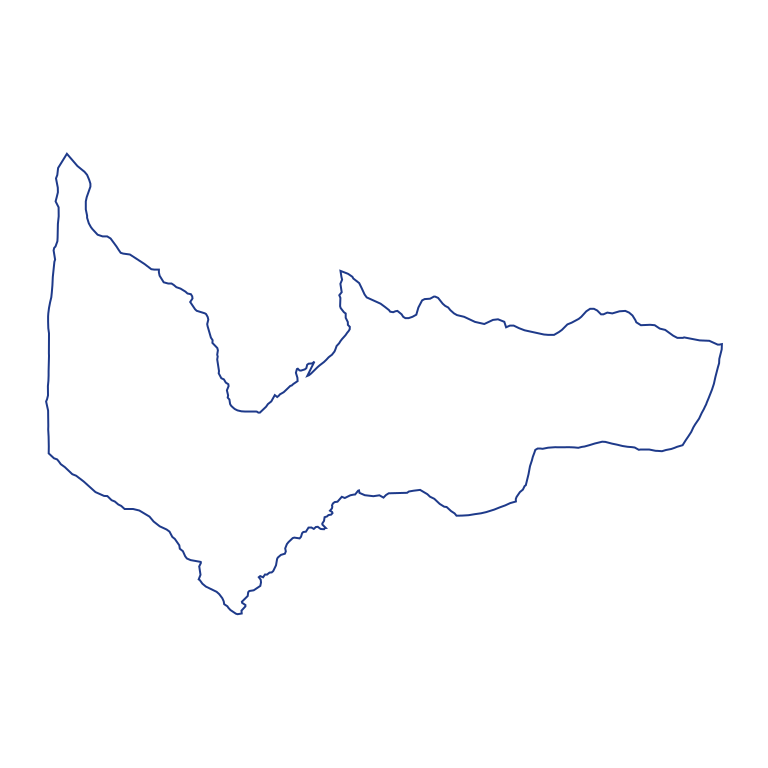 Mobayi-Mbongo, Équateur, Democratic Republic of the Congo (Mercator projection)
{"feature_id": "63176286B77587123851522", "entity_name": "Mobayi-Mbongo", "entity_type": "district", "adm_level": 2, "iso_a3": "COD", "parent_name": "Democratic Republic of the Congo", "parent_adm1": "Équateur", "projection": "mercator", "projection_center": [21.025, 4.13], "detail": "fine", "context": "isolated", "style": "outline", "palette": "blue", "viewbox_px": 768, "rotation_deg": 0, "n_neighbors": 0, "source": "geoboundaries", "source_scale": "gbopen_adm2", "svg_char_len": 6031}
<svg xmlns="http://www.w3.org/2000/svg" viewBox="0 0 768 768"><path d="M48.7,453.4L54.0,458.3L57.1,459.4L58.7,461.3L60.8,464.2L64.4,466.8L64.7,467.0L72.3,474.2L76.1,475.7L83.7,481.5L94.7,491.4L95.5,492.1L104.0,495.9L107.4,496.1L111.6,500.2L114.8,501.5L118.3,504.5L121.2,505.9L124.6,509.0L133.1,509.0L139.3,510.5L141.5,511.8L149.5,516.6L153.6,521.5L159.7,526.3L166.6,529.5L169.5,531.6L172.3,536.9L174.8,538.9L179.3,545.3L179.8,548.7L182.9,551.2L185.2,556.3L186.9,558.5L190.6,560.1L200.7,561.9L200.9,562.9L199.2,566.5L199.4,567.5L200.5,574.8L198.7,579.4L199.8,580.1L202.4,583.7L205.9,586.6L216.6,591.8L219.2,594.1L222.3,598.2L223.7,601.3L224.2,604.2L227.4,606.3L228.3,607.7L230.4,610.0L235.9,613.7L237.6,614.2L241.7,613.5L241.5,610.6L245.4,606.4L245.4,605.0L242.1,602.8L241.9,601.7L247.7,596.0L248.2,592.2L249.3,591.0L253.7,590.3L260.3,585.9L261.0,582.4L260.7,579.7L258.8,577.2L260.2,576.1L263.1,577.3L264.3,575.5L265.0,574.5L267.0,574.6L269.5,572.6L271.7,572.4L273.2,571.1L276.0,565.3L277.1,559.0L277.8,557.6L280.9,554.9L284.9,553.7L285.8,551.4L285.2,548.4L286.9,544.1L288.5,542.1L292.7,538.1L294.3,537.6L299.6,538.4L301.0,536.8L302.1,533.2L303.3,532.0L305.9,531.7L308.5,527.6L311.4,527.5L313.8,528.9L315.9,527.0L317.8,526.8L320.5,528.9L321.9,529.1L324.1,529.2L324.8,528.1L325.8,528.0L322.4,524.6L322.3,523.5L324.0,520.9L324.6,517.2L327.1,516.4L328.4,515.1L331.2,514.6L332.5,513.1L332.1,512.0L330.0,510.7L331.9,508.5L332.3,506.8L332.0,505.4L332.9,503.5L334.6,502.1L337.5,501.7L341.8,496.8L344.8,498.0L350.3,495.3L353.6,494.6L355.1,494.5L358.1,490.7L359.0,490.4L359.5,492.9L364.8,495.2L373.4,496.2L379.4,495.3L383.5,497.6L385.9,495.1L388.7,493.3L407.1,492.8L408.9,491.5L413.6,490.7L420.1,489.9L427.4,494.2L430.0,496.7L434.3,498.8L439.7,503.9L444.2,506.7L446.6,507.0L451.1,511.1L454.6,513.4L456.5,515.7L461.9,515.6L468.6,515.2L474.6,514.2L481.0,513.3L486.2,512.1L494.2,509.6L499.7,507.4L505.2,505.4L510.2,503.1L515.9,501.5L515.8,499.0L516.6,496.9L519.9,492.1L522.9,489.6L524.6,486.1L525.8,485.2L528.5,474.3L530.0,466.2L531.9,460.4L532.8,456.9L534.3,452.9L535.3,449.9L537.7,448.5L540.1,448.5L542.6,448.8L548.1,447.7L555.2,447.2L558.7,447.3L569.2,447.2L574.1,447.4L578.3,447.8L581.8,446.9L584.6,446.5L589.6,445.1L594.8,443.5L599.4,442.4L602.2,441.7L605.4,441.9L611.9,443.6L617.2,444.7L622.5,446.0L627.7,446.8L631.7,447.1L634.7,447.5L638.8,449.8L640.7,449.5L644.0,449.5L649.1,449.5L655.5,450.8L657.8,450.9L662.0,451.2L666.0,450.0L671.2,449.0L674.4,447.9L677.1,446.8L682.6,445.2L685.8,440.1L688.2,436.6L691.2,432.0L693.4,427.3L695.2,424.3L699.1,418.6L701.7,413.0L703.8,409.2L705.1,406.4L706.1,404.5L706.8,402.5L708.6,398.2L709.9,394.9L710.9,392.4L712.0,389.6L713.9,383.8L715.4,377.0L717.9,367.3L719.1,363.2L719.3,358.9L721.7,349.4L721.9,344.1L719.4,344.6L717.7,344.6L709.3,340.8L699.7,340.4L684.1,337.4L682.9,337.9L677.4,337.9L673.2,335.7L665.2,329.9L659.8,328.6L654.7,325.2L650.1,324.8L640.9,325.2L636.3,322.3L635.4,320.2L632.5,315.5L629.1,312.6L625.3,310.9L619.5,311.3L612.3,313.4L607.3,312.6L603.5,314.3L601.0,314.3L597.2,310.5L593.9,308.8L590.1,308.8L586.3,311.3L581.3,316.8L578.7,318.9L571.6,322.7L567.4,324.4L561.9,329.9L559.0,332.0L554.0,334.9L548.5,334.9L543.9,334.5L524.6,330.3L519.1,328.2L513.7,325.6L509.9,325.6L506.1,327.3L504.3,321.8L498.0,319.3L493.0,319.9L484.3,324.0L475.0,321.9L464.1,316.8L457.0,315.1L454.0,313.4L450.3,310.1L448.6,308.0L448.2,307.5L445.2,305.9L442.7,303.7L438.1,297.9L435.1,296.6L433.9,296.6L430.1,298.7L424.6,299.1L422.1,300.4L418.4,307.5L416.3,314.7L412.5,316.8L408.7,318.1L405.3,318.1L403.2,316.8L401.6,314.3L397.4,310.9L395.3,311.3L393.2,312.2L390.2,311.7L389.0,310.1L385.2,307.1L380.6,303.7L375.1,301.2L366.7,297.4L364.6,294.5L361.7,288.2L359.2,283.1L353.3,278.5L352.4,276.8L348.2,273.9L347.0,273.4L340.5,270.9L341.4,276.7L342.1,279.7L340.4,283.8L341.7,292.2L339.3,295.2L340.4,297.9L340.1,306.2L340.7,308.1L343.9,312.2L345.7,313.5L345.7,317.8L347.8,322.0L347.9,324.9L349.8,326.8L349.7,329.3L348.5,331.2L347.3,332.6L345.5,335.2L343.8,337.1L342.0,339.1L340.4,341.2L339.1,343.3L336.6,346.0L335.4,349.4L334.5,351.5L333.0,353.4L331.9,354.8L330.5,355.8L328.6,357.3L326.3,359.8L324.0,362.0L321.8,363.7L319.7,365.3L317.6,367.1L311.1,373.5L309.0,375.2L307.3,375.9L314.4,361.6L312.3,363.4L308.6,363.7L307.2,364.7L306.3,368.2L304.8,369.4L300.9,370.6L299.5,370.4L297.8,368.7L296.9,369.1L295.9,372.8L297.4,377.7L297.6,381.1L295.7,382.4L293.3,384.0L291.7,385.5L290.3,385.9L287.3,388.8L285.3,390.7L283.7,392.2L281.8,393.3L280.0,394.3L278.8,395.7L277.2,397.0L274.8,395.1L271.3,401.4L267.9,404.1L266.1,406.7L259.9,412.6L258.3,412.6L256.8,411.6L255.5,411.5L251.7,411.5L244.5,411.5L241.4,411.3L237.5,410.4L234.9,409.1L234.0,408.4L232.2,406.8L231.0,405.6L230.1,404.0L229.4,399.5L227.7,397.6L228.1,395.4L226.9,390.3L228.6,386.1L228.3,384.2L225.8,382.6L223.9,379.4L221.3,378.2L218.7,373.3L219.0,371.1L217.2,359.4L217.7,356.5L217.2,354.7L217.9,350.3L217.3,348.0L212.4,342.9L212.6,340.2L210.9,337.6L207.6,326.2L207.2,324.1L208.3,319.6L207.7,317.0L206.1,314.1L204.8,313.3L196.7,310.8L195.1,309.3L190.2,302.0L192.5,298.5L192.2,296.3L190.9,294.2L187.5,293.5L185.4,291.6L180.5,288.6L176.4,287.2L173.8,285.0L171.5,283.5L168.1,283.5L163.7,282.3L159.6,275.7L158.9,272.4L158.9,269.6L154.3,269.6L151.3,269.2L144.5,264.0L129.9,254.5L123.2,253.6L120.7,252.8L118.6,249.8L116.5,246.5L110.6,238.5L107.2,236.4L102.6,236.4L97.6,234.7L92.5,229.2L90.9,227.1L88.8,223.3L87.1,217.8L87.1,215.7L85.8,209.4L85.8,201.4L86.7,197.2L90.4,186.7L90.4,183.7L89.2,179.9L87.1,174.9L84.6,171.9L77.4,166.0L66.9,153.8L58.1,168.0L57.3,175.0L56.0,178.4L57.8,187.7L57.9,192.3L56.7,197.2L55.6,201.4L58.6,207.3L58.7,216.3L57.9,223.9L57.6,237.6L57.4,241.2L55.5,246.5L54.2,247.9L53.6,250.4L55.1,259.6L54.4,261.7L52.8,277.0L52.4,285.4L51.8,292.5L51.3,297.3L50.1,302.3L49.0,308.0L48.3,313.4L48.1,316.5L48.1,321.7L48.3,328.2L49.0,333.4L48.9,353.3L49.0,355.8L48.6,370.9L48.6,375.6L48.4,380.9L47.9,386.1L48.0,395.4L47.1,399.1L46.1,401.5L48.1,410.6L48.2,418.4L48.3,426.0L48.2,429.6L48.6,436.5L48.8,446.5L48.7,453.4Z" fill="none" stroke="#1e3a8a" stroke-width="2"/></svg>